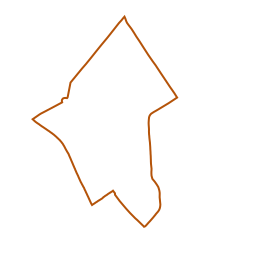 the district of Al Matariyya, Al Qahirah, Egypt, rotated 131°
{"feature_id": "37247803B27962965783351", "entity_name": "Al Matariyya", "entity_type": "district", "adm_level": 2, "iso_a3": "EGY", "parent_name": "Egypt", "parent_adm1": "Al Qahirah", "projection": "robinson", "projection_center": [31.312, 30.128], "detail": "fine", "context": "isolated", "style": "outline", "palette": "amber", "viewbox_px": 256, "rotation_deg": 131, "n_neighbors": 0, "source": "geoboundaries", "source_scale": "gbopen_adm2", "svg_char_len": 4873}
<svg xmlns="http://www.w3.org/2000/svg" viewBox="0 0 256 256"><g transform="rotate(131 128 128)"><path d="M204.0,117.7L204.3,117.0L204.6,116.4L204.8,115.8L205.2,115.0L205.6,114.1L206.0,113.2L206.3,112.4L206.6,111.9L206.8,111.4L207.4,110.1L208.0,108.8L208.1,108.5L208.2,108.4L208.4,108.0L208.5,107.6L208.7,107.2L209.0,106.6L209.2,106.1L209.3,105.8L209.4,105.5L209.5,105.2L209.7,104.6L209.3,104.5L209.0,104.5L208.7,104.4L208.1,104.2L207.7,104.1L207.2,103.9L206.8,103.8L205.9,103.6L205.5,103.5L205.1,103.4L204.3,103.1L203.4,102.9L203.0,102.8L202.6,102.7L201.9,102.5L201.8,102.4L201.4,102.3L201.0,102.2L200.2,101.9L199.8,101.8L199.4,101.7L198.5,101.4L198.2,101.3L197.9,101.3L197.5,101.2L197.2,101.2L196.9,101.2L196.6,101.2L196.0,101.1L195.8,101.0L195.5,100.9L194.9,100.8L194.4,100.7L193.9,100.6L193.6,100.5L193.4,100.4L193.1,100.3L192.8,100.2L192.4,100.1L192.1,100.0L191.9,100.0L191.5,99.9L191.0,99.8L190.5,99.7L190.0,99.5L189.5,99.4L189.0,99.2L188.7,99.1L188.4,99.1L188.1,98.9L187.9,98.9L187.6,98.8L187.0,98.6L186.7,98.5L186.4,98.4L185.8,98.3L185.3,98.1L185.2,98.1L185.8,95.1L185.9,94.9L186.9,94.0L188.6,86.3L190.1,76.5L190.8,70.8L191.4,63.2L191.4,60.7L191.9,51.6L192.0,51.1L190.8,50.5L188.6,50.4L186.1,50.4L183.9,50.3L180.8,50.3L179.3,50.3L176.2,50.4L175.2,50.4L175.0,50.5L172.4,50.5L171.2,50.5L169.2,50.8L167.6,51.4L166.0,52.3L164.5,53.4L162.9,55.1L160.9,57.2L159.5,58.7L157.7,60.2L156.3,61.4L155.4,62.4L154.6,63.4L153.6,64.9L152.7,66.4L151.9,68.9L151.1,72.0L150.8,73.6L150.4,76.2L148.6,78.9L147.1,80.4L145.6,81.7L144.4,82.6L143.0,83.8L142.6,84.3L142.3,84.6L139.9,87.2L138.2,88.8L137.2,89.7L135.5,91.3L134.3,92.4L132.4,94.3L131.4,95.2L129.3,97.3L127.7,98.8L124.5,102.0L122.6,104.1L121.3,105.5L120.1,106.7L119.0,107.9L116.8,110.0L115.8,110.8L114.5,112.0L113.3,113.2L111.9,114.6L110.6,115.8L108.4,117.5L106.3,119.0L105.0,119.6L103.5,119.9L103.1,119.9L102.0,119.9L98.9,119.0L96.1,118.0L82.2,113.5L72.8,110.9L71.3,115.9L69.5,123.1L65.0,139.6L62.5,148.5L61.5,153.0L59.5,160.8L57.3,168.4L55.0,176.2L53.5,181.8L52.2,185.9L51.8,187.3L50.9,190.4L50.3,193.2L49.9,195.2L49.3,197.7L48.6,199.3L47.3,201.6L47.2,201.7L46.3,203.7L48.4,203.7L50.5,203.6L51.2,203.6L51.7,203.6L52.0,203.6L54.6,203.7L62.5,203.3L73.4,202.8L83.2,202.6L91.4,202.3L98.4,202.0L107.4,201.7L113.2,201.7L131.4,201.2L143.2,194.4L144.3,193.8L144.5,193.7L145.0,193.6L145.4,193.6L145.6,193.9L145.8,194.1L146.0,194.4L146.1,194.6L146.3,194.8L146.4,195.0L146.6,195.2L146.8,195.4L147.0,195.6L147.4,195.9L147.6,196.0L147.8,196.2L148.0,196.3L148.3,196.4L148.6,196.4L148.9,196.4L149.2,196.4L149.5,196.4L150.0,196.3L150.2,196.2L150.5,196.0L150.7,195.9L150.9,195.7L151.2,195.5L151.3,195.3L151.5,195.1L151.7,194.6L151.8,194.5L152.1,194.6L168.5,200.9L174.6,203.3L175.1,203.4L175.6,203.6L183.9,205.7L183.9,205.4L183.9,205.0L184.0,204.6L184.0,204.4L184.0,203.9L184.0,203.5L184.0,203.0L184.0,202.5L184.0,201.9L184.0,201.4L183.9,200.8L183.9,200.3L183.8,199.7L183.8,199.4L183.7,199.0L183.7,198.6L183.6,198.2L183.6,197.9L183.5,197.4L183.5,197.2L183.5,196.9L183.5,196.4L183.4,195.9L183.4,195.4L183.3,194.9L183.3,194.4L183.2,194.0L183.2,193.5L183.1,193.1L183.0,192.5L183.0,192.3L182.9,191.5L182.8,190.6L182.7,189.7L182.6,189.3L182.6,188.8L182.5,187.9L182.4,187.4L182.4,187.0L182.3,186.3L182.2,185.9L182.2,185.6L182.1,184.9L182.1,184.2L182.0,183.3L181.9,182.5L181.9,182.1L181.8,181.7L181.8,180.9L181.8,180.5L181.7,180.1L181.7,179.4L181.7,178.8L181.7,178.3L181.7,177.9L181.7,177.2L181.7,176.6L181.7,175.9L181.8,175.3L181.8,174.8L181.8,174.2L181.8,173.7L181.9,173.1L181.9,172.5L181.9,171.9L181.9,171.5L182.0,171.2L182.1,170.3L182.2,170.0L182.2,169.6L182.3,169.0L182.4,168.6L182.5,168.3L182.5,168.0L182.6,167.7L182.7,167.1L182.8,166.7L182.9,166.3L183.1,165.9L183.2,165.5L183.4,165.0L183.5,164.5L183.7,164.0L183.9,163.5L184.0,163.2L184.2,162.8L184.3,162.4L184.5,162.0L184.7,161.5L184.9,160.9L185.0,160.6L185.1,160.4L185.3,159.8L185.5,159.2L185.7,158.7L185.9,158.1L186.1,157.3L186.2,157.2L186.4,156.4L186.5,156.0L186.8,155.5L187.0,155.1L187.2,154.6L187.5,154.1L187.9,153.2L188.3,152.4L188.5,151.9L188.7,151.5L189.1,150.7L189.3,150.3L189.5,149.9L189.7,149.5L189.9,149.1L190.2,148.4L190.6,147.6L190.8,147.3L190.9,146.9L191.3,146.2L191.4,145.9L191.6,145.6L191.9,145.0L192.0,144.7L192.2,144.3L192.3,144.2L192.5,143.7L192.6,143.4L192.8,143.1L193.1,142.5L193.2,142.2L193.4,141.9L193.6,141.3L193.8,140.9L194.0,140.6L194.4,139.9L194.5,139.5L194.7,139.2L195.0,138.5L195.2,138.1L195.4,137.8L195.6,137.4L195.7,137.0L196.1,136.1L196.5,135.2L196.7,134.7L196.9,134.2L197.4,133.3L198.0,132.0L198.6,130.7L199.2,129.4L199.8,128.1L199.9,127.8L200.0,127.5L200.2,126.9L200.4,126.5L200.5,126.2L200.8,125.5L201.0,124.8L201.2,124.3L201.3,124.1L201.6,123.3L201.7,123.0L201.8,122.8L201.9,122.3L202.1,121.8L202.3,121.4L202.6,120.9L202.9,120.2L203.2,119.5L203.4,119.0L203.6,118.5L203.8,118.1L204.0,117.8L204.0,117.7Z" fill="none" stroke="#b45309" stroke-width="2"/></g></svg>